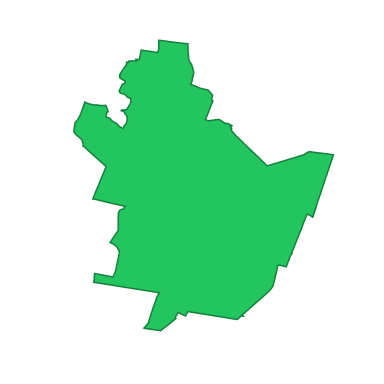 the district of Santiago Maravatío, Guanajuato, Mexico, rotated 103°
{"feature_id": "50627088B21032390584019", "entity_name": "Santiago Maravatío", "entity_type": "district", "adm_level": 2, "iso_a3": "MEX", "parent_name": "Mexico", "parent_adm1": "Guanajuato", "projection": "albers", "projection_center": [-101.002, 20.157], "detail": "fine", "context": "isolated", "style": "filled", "palette": "green", "viewbox_px": 384, "rotation_deg": 103, "n_neighbors": 0, "source": "geoboundaries", "source_scale": "gbopen_adm2", "svg_char_len": 4521}
<svg xmlns="http://www.w3.org/2000/svg" viewBox="0 0 384 384"><g transform="rotate(103 192 192)"><path d="M126.7,87.6L130.8,91.7L132.6,95.0L136.2,101.1L137.1,102.7L137.4,103.3L138.0,104.4L138.7,105.5L140.3,108.3L143.8,114.4L145.2,116.9L146.5,119.2L148.5,122.7L149.6,124.5L146.5,129.8L144.0,133.8L141.0,138.9L137.8,144.3L134.7,149.5L132.4,153.3L130.5,156.4L127.1,162.2L122.9,167.7L121.6,167.5L121.5,168.1L120.5,168.4L120.5,168.6L120.4,168.8L120.1,169.0L119.5,169.2L118.8,168.0L118.4,167.9L117.3,171.7L117.2,171.9L117.4,172.4L117.4,174.0L117.9,174.5L115.4,181.1L115.4,181.9L115.4,182.6L115.8,184.0L117.0,187.0L118.0,189.5L118.2,190.1L118.9,191.5L118.8,193.1L118.6,194.2L118.5,195.2L113.0,194.3L104.8,193.1L98.5,192.1L98.3,193.5L92.8,193.8L89.1,199.2L89.0,207.8L87.7,214.6L87.4,217.5L86.4,217.3L84.7,217.0L83.5,216.9L81.8,217.2L79.6,217.1L77.1,217.0L75.8,217.1L74.7,217.4L73.3,218.0L69.9,219.8L68.0,221.1L66.9,222.0L66.0,223.0L65.1,224.1L63.8,224.8L59.2,226.3L54.1,228.0L52.0,228.4L50.3,229.0L48.5,229.3L48.7,231.0L48.9,232.3L49.0,233.2L49.2,234.6L49.3,235.6L49.4,236.3L49.6,238.0L49.6,238.5L49.7,239.5L49.8,239.8L49.9,241.2L50.1,242.9L50.3,244.3L50.4,245.7L50.5,247.0L50.6,247.9L50.7,248.5L50.7,249.6L50.8,250.2L50.8,250.4L50.9,252.0L51.0,253.0L51.2,255.4L51.3,255.7L51.6,258.4L56.0,257.6L59.7,256.6L63.8,256.8L64.9,270.5L65.1,273.3L67.3,273.3L71.0,273.2L74.7,273.0L75.4,276.6L76.5,275.6L76.9,275.6L77.5,279.0L78.7,283.1L79.6,282.7L80.4,285.1L81.2,284.7L82.0,284.5L82.8,284.5L83.7,284.9L84.6,285.3L86.8,286.3L92.2,288.3L93.7,288.7L96.4,288.2L97.2,287.9L98.7,282.9L99.2,282.1L101.2,281.9L102.6,284.1L108.5,285.4L110.1,285.7L111.7,284.2L112.0,279.3L114.3,276.0L114.5,272.9L116.4,272.5L117.5,271.9L119.4,272.0L124.2,273.4L126.5,274.3L127.1,275.7L127.8,278.4L128.1,279.1L128.3,279.3L128.7,279.3L128.7,276.9L130.0,275.5L131.0,274.7L132.7,272.4L136.0,271.5L138.2,271.3L140.0,271.5L141.2,272.1L141.9,272.5L143.4,273.2L144.4,273.2L145.0,273.4L145.4,273.7L145.5,274.2L144.8,276.5L144.4,277.7L142.2,280.7L141.8,282.6L141.2,284.3L140.7,285.8L140.2,286.6L139.3,287.7L138.8,288.3L138.6,289.5L138.2,292.7L133.8,293.0L132.6,291.8L127.0,295.3L128.6,301.9L128.3,303.1L128.9,305.6L129.3,307.4L129.2,312.9L128.5,316.7L133.2,317.1L137.9,317.7L140.4,317.9L144.1,318.7L147.1,319.6L150.9,321.5L155.2,321.2L159.3,320.8L160.2,320.5L162.0,318.2L163.5,315.4L165.8,311.1L169.2,309.1L171.4,308.5L171.8,308.4L171.4,308.0L171.9,307.4L173.2,305.6L173.5,304.9L174.0,303.8L175.0,302.4L175.9,300.7L178.9,295.3L181.1,291.3L185.0,284.1L186.5,281.4L191.7,282.2L195.1,282.8L201.5,283.9L206.6,284.7L210.6,285.4L212.1,285.7L216.1,286.3L219.4,286.9L221.2,287.0L221.0,285.8L220.9,283.8L221.1,271.9L221.1,269.5L221.1,267.3L221.1,266.2L221.1,265.9L221.0,263.9L221.0,262.6L221.0,256.7L221.0,254.1L221.0,253.9L223.3,254.9L223.8,254.7L224.5,256.0L224.5,256.4L224.9,256.7L225.1,257.1L225.4,257.7L226.0,258.2L226.5,258.5L227.1,258.7L227.8,258.9L228.2,259.0L230.0,258.9L239.9,256.7L244.4,255.7L246.1,255.3L249.0,256.4L259.6,260.5L260.7,256.1L261.4,254.7L263.1,252.0L267.1,249.0L268.2,249.1L278.4,248.9L285.8,248.6L292.6,249.9L293.3,268.6L296.1,268.2L300.0,267.5L302.0,267.5L302.0,266.7L300.6,246.1L300.3,241.4L298.8,220.0L297.5,201.3L302.8,202.7L305.2,202.9L314.3,203.9L325.3,204.9L329.7,205.1L335.4,208.2L335.5,207.0L334.2,191.4L331.1,188.9L329.5,187.6L324.9,183.9L319.0,179.3L317.2,179.9L312.7,178.4L314.2,170.4L309.4,169.0L306.1,119.4L301.7,116.2L301.4,114.1L300.4,115.3L298.1,113.7L297.0,112.9L294.0,110.7L289.1,107.3L288.0,106.4L286.2,105.2L283.3,103.1L283.0,102.9L281.8,102.0L280.9,101.4L279.9,100.6L279.5,100.3L279.2,100.1L278.0,99.3L274.2,96.6L272.2,95.2L271.5,94.7L269.1,93.4L268.5,93.2L268.2,93.0L265.3,91.9L258.6,91.8L256.7,91.8L253.2,91.8L252.6,91.7L252.4,91.7L246.3,91.8L243.8,91.6L243.7,89.3L243.6,88.7L243.6,87.7L243.7,86.1L243.7,84.6L243.7,83.4L243.4,83.3L241.5,83.0L241.0,83.0L237.6,82.5L234.5,81.9L233.4,82.2L229.3,80.7L228.4,81.1L222.6,80.1L220.6,79.8L220.4,79.8L219.5,79.8L219.4,79.7L213.9,78.8L209.8,78.2L206.4,77.7L204.9,77.4L201.7,76.9L199.5,76.7L196.8,76.3L196.3,76.2L193.3,75.8L192.3,75.7L191.2,75.4L190.0,75.2L187.6,74.8L187.6,74.7L187.7,73.9L188.7,70.5L188.8,70.3L189.4,68.7L189.1,68.6L188.4,68.5L186.2,68.3L185.4,68.3L182.9,68.0L182.8,68.3L181.2,68.1L181.2,67.9L180.0,67.8L175.9,67.6L170.1,67.0L164.2,66.4L158.3,65.9L155.8,65.6L151.2,65.2L145.6,64.6L139.2,64.0L134.4,63.5L128.9,63.0L128.1,62.9L124.0,62.5L124.0,63.0L124.5,68.9L124.6,70.8L124.7,71.4L125.3,76.5L126.3,86.4L126.7,87.6Z" fill="#22c55e" stroke="#15803d" stroke-width="1.5"/></g></svg>